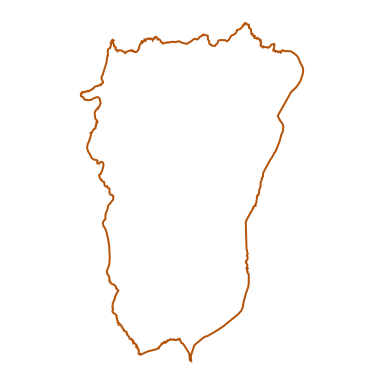 Pathum Ratchawongsa, Amnat Charoen, Thailand
{"feature_id": "78962969B30801427896168", "entity_name": "Pathum Ratchawongsa", "entity_type": "district", "adm_level": 2, "iso_a3": "THA", "parent_name": "Thailand", "parent_adm1": "Amnat Charoen", "projection": "equal_earth", "projection_center": [104.88, 15.885], "detail": "fine", "context": "isolated", "style": "outline", "palette": "amber", "viewbox_px": 384, "rotation_deg": 0, "n_neighbors": 0, "source": "geoboundaries", "source_scale": "gbopen_adm2", "svg_char_len": 5810}
<svg xmlns="http://www.w3.org/2000/svg" viewBox="0 0 384 384"><path d="M112.6,39.7L111.9,40.4L111.9,41.3L111.5,41.3L111.6,42.3L110.6,43.0L111.1,44.5L110.2,47.7L108.1,49.3L107.7,51.6L108.0,55.2L107.4,55.5L107.6,56.8L107.0,58.2L106.5,62.5L102.6,75.0L101.6,76.6L101.6,78.9L103.1,82.1L102.9,83.0L101.0,84.1L100.8,85.2L99.2,85.0L98.3,85.8L94.7,86.7L93.7,88.3L92.5,88.6L92.2,89.4L90.4,90.0L89.5,91.0L88.1,90.9L87.8,91.4L87.1,91.1L85.3,92.1L84.1,91.7L83.2,92.1L82.7,92.9L82.0,92.3L80.8,93.7L81.1,96.1L81.5,96.6L82.7,96.8L83.5,97.7L84.1,99.2L85.5,100.0L86.4,99.6L88.1,100.3L90.8,99.9L94.5,98.0L96.7,97.2L98.0,97.2L99.5,98.4L100.6,103.1L99.2,106.8L98.1,107.6L98.1,108.7L96.6,109.2L94.9,111.9L94.7,114.1L95.2,118.3L97.6,121.7L97.3,122.3L96.6,122.1L96.4,122.5L96.6,123.2L96.1,124.2L96.4,124.6L95.9,125.3L96.0,126.2L95.4,126.9L95.6,128.0L93.3,129.8L91.8,132.6L90.5,133.0L91.0,135.1L88.9,141.7L87.7,143.9L87.1,147.3L87.4,149.2L88.4,152.0L90.0,154.3L91.5,157.8L93.7,159.5L96.8,160.1L97.6,161.0L97.1,162.8L97.4,163.4L98.9,163.7L100.8,161.8L102.4,162.1L103.3,163.3L103.5,165.6L102.4,169.9L100.7,173.9L100.0,174.1L99.7,175.0L99.2,175.1L99.5,177.4L100.2,178.2L100.5,179.5L101.6,179.8L102.0,181.1L104.1,182.0L104.7,185.7L105.9,186.5L107.1,186.2L107.5,187.6L109.2,188.3L109.7,190.5L109.2,192.0L110.1,194.0L110.7,194.8L112.7,195.2L113.4,197.0L113.0,199.8L108.1,205.8L107.7,208.7L105.5,214.2L105.4,219.2L103.7,220.9L102.8,223.0L103.4,225.9L105.0,228.2L106.4,231.8L107.7,237.1L109.2,246.0L109.7,256.1L109.5,262.4L109.0,265.6L106.7,271.3L107.2,273.6L109.3,276.9L109.2,278.4L109.7,280.1L109.3,281.0L110.5,282.1L110.4,282.8L112.3,284.2L114.0,284.6L116.1,286.9L116.1,288.3L118.3,290.4L116.1,294.6L114.8,297.7L115.0,298.4L112.8,303.2L112.4,307.8L113.2,308.5L112.4,311.6L113.0,312.6L115.4,314.1L116.7,316.0L116.6,317.9L117.1,318.3L116.9,319.2L117.7,321.1L117.5,322.5L118.0,323.1L118.2,322.6L118.5,322.6L118.6,323.4L119.0,323.6L118.8,324.7L120.0,324.3L120.5,325.1L121.5,325.6L121.7,326.8L122.2,327.0L122.8,328.8L124.0,330.0L123.9,330.8L126.4,331.8L126.5,332.7L127.2,333.6L127.0,334.4L129.5,337.4L129.4,338.3L131.0,339.5L131.6,339.1L131.9,339.9L132.5,340.3L132.7,341.0L133.0,340.7L133.8,342.1L133.2,342.7L133.3,343.2L133.9,342.8L136.5,344.9L136.3,345.8L136.8,346.2L136.3,346.7L137.3,347.0L137.2,348.1L138.1,348.7L138.5,349.7L138.3,350.4L139.0,351.2L138.6,353.4L139.1,354.1L139.8,354.4L140.3,354.1L140.5,354.7L147.9,351.4L157.2,349.0L158.3,348.1L158.9,348.2L159.2,346.6L160.3,346.0L161.4,344.1L162.3,343.8L162.4,343.1L163.7,343.1L164.1,342.8L164.0,342.1L164.8,341.8L165.7,342.7L166.8,341.8L166.8,341.2L167.4,341.0L167.7,340.3L168.9,340.4L169.2,339.9L169.6,340.0L170.9,339.2L171.1,339.6L172.7,339.9L173.9,339.2L174.4,339.9L175.5,340.1L177.6,339.7L177.9,339.1L179.1,339.7L179.7,339.0L181.3,342.9L183.0,343.6L189.3,353.4L189.8,359.6L190.0,360.3L191.2,361.0L190.8,357.0L191.2,354.8L194.4,345.1L204.3,337.0L208.0,335.8L218.8,329.4L223.8,325.9L237.8,314.5L241.2,310.9L242.7,307.4L243.9,300.7L246.3,292.2L248.2,287.1L248.7,283.9L248.8,274.3L247.7,273.2L247.5,272.3L247.7,271.8L247.2,271.4L247.1,269.6L246.7,269.3L246.6,268.1L247.6,268.2L247.1,266.7L247.4,265.3L246.3,263.2L246.4,262.5L245.9,262.3L246.4,260.4L247.0,260.0L247.6,258.5L247.5,257.0L246.8,255.5L247.7,254.1L246.5,248.5L245.8,222.1L246.8,219.4L252.6,209.2L252.7,208.7L253.2,208.4L253.0,207.9L254.6,205.5L255.5,205.8L255.5,204.6L256.5,202.0L256.4,200.6L257.2,197.5L256.8,196.9L256.9,196.2L257.5,195.7L257.8,194.8L258.4,194.9L259.2,192.6L259.1,190.4L260.5,186.7L260.6,182.6L262.0,179.1L261.7,178.6L263.0,176.4L263.0,174.5L263.4,172.4L269.9,160.4L273.5,154.9L273.8,153.6L275.6,151.4L279.7,141.1L281.3,134.7L282.8,131.6L283.3,127.5L283.0,125.1L282.1,123.1L280.1,120.6L277.7,115.9L291.2,91.9L296.0,87.5L300.2,81.5L302.6,74.7L303.2,70.1L303.1,68.7L302.1,65.9L300.5,63.3L298.2,57.6L297.4,56.3L294.2,53.4L290.5,51.2L284.6,51.1L282.6,50.2L281.4,51.1L281.4,51.9L280.9,52.3L280.9,51.8L280.3,52.1L279.9,51.7L279.7,52.0L278.6,51.7L278.3,52.1L276.3,51.0L275.7,51.0L275.5,51.5L274.5,50.4L273.4,50.7L273.2,49.9L274.0,48.8L274.1,46.3L274.5,45.8L274.4,44.5L274.0,43.9L271.4,44.7L269.3,47.1L268.1,47.8L267.2,47.1L265.4,47.3L264.1,46.8L263.5,47.2L263.2,46.6L262.7,47.0L262.6,46.6L261.3,46.4L261.2,45.7L260.5,45.0L260.9,44.4L261.0,43.0L260.8,42.6L261.1,42.4L260.4,41.3L260.9,41.1L260.6,39.9L259.9,40.2L258.9,38.8L257.4,38.7L257.3,38.0L256.6,38.5L255.7,37.7L254.5,38.0L254.2,37.1L254.6,35.9L253.2,35.8L252.7,35.3L252.7,34.3L252.1,34.6L251.5,34.2L250.9,29.5L250.2,28.5L249.1,28.0L248.9,24.7L247.5,24.8L246.7,23.6L244.7,23.0L244.4,23.4L244.7,24.6L243.0,25.1L242.9,26.0L242.0,27.3L240.1,29.0L237.1,30.0L236.7,30.8L236.9,31.2L235.1,33.9L231.2,35.8L229.0,39.5L227.6,41.1L226.8,41.2L224.9,40.1L219.2,40.1L218.3,41.0L217.3,43.5L216.1,44.3L215.2,45.9L214.7,46.0L212.3,45.7L211.2,44.8L210.5,44.8L210.3,44.1L209.3,43.7L209.1,41.0L207.9,39.3L207.7,35.7L203.9,34.6L203.2,34.6L203.0,35.2L202.6,35.0L200.9,36.5L200.0,36.6L198.0,39.1L197.0,39.5L195.0,38.7L193.6,39.3L190.5,41.8L189.4,42.1L188.2,43.2L186.5,43.9L181.4,42.5L178.9,41.2L175.8,42.1L171.7,41.8L168.2,42.6L167.4,42.3L166.6,42.8L164.4,42.7L163.9,43.4L162.8,43.6L161.6,42.0L160.7,41.8L160.7,40.9L160.3,40.2L158.7,39.1L157.8,39.4L157.9,38.5L156.7,38.0L156.6,37.1L156.0,36.7L154.6,37.5L154.4,38.2L154.1,38.2L154.2,38.8L153.3,38.9L152.7,40.3L152.2,39.4L150.3,38.3L149.6,39.2L147.9,38.5L146.6,39.1L146.1,40.0L145.7,39.7L145.3,40.9L144.7,40.9L144.4,40.4L144.3,41.0L143.7,40.9L143.1,41.9L142.3,41.5L142.2,42.2L141.6,41.6L141.2,42.7L141.6,43.0L140.0,44.5L138.5,49.5L136.9,51.7L134.8,52.1L133.8,51.7L133.6,51.0L131.8,51.0L131.7,50.3L131.3,50.6L130.0,50.4L127.5,51.6L126.4,51.5L125.2,53.1L121.8,50.5L118.7,50.2L117.4,51.3L116.6,49.8L115.6,49.5L115.5,48.7L115.9,47.6L114.0,46.1L114.2,45.4L112.8,42.2L113.7,40.5L112.6,39.7Z" fill="none" stroke="#b45309" stroke-width="2"/></svg>